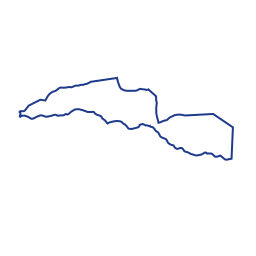 St Lawrence, Anse-la-Raye, Saint Lucia, rotated 345°
{"feature_id": "8701671B18704050053031", "entity_name": "St Lawrence", "entity_type": "district", "adm_level": 2, "iso_a3": "LCA", "parent_name": "Saint Lucia", "parent_adm1": "Anse-la-Raye", "projection": "robinson", "projection_center": [-61.027, 13.938], "detail": "fine", "context": "isolated", "style": "outline", "palette": "blue", "viewbox_px": 256, "rotation_deg": 345, "n_neighbors": 0, "source": "geoboundaries", "source_scale": "gbopen_adm2", "svg_char_len": 5716}
<svg xmlns="http://www.w3.org/2000/svg" viewBox="0 0 256 256"><g transform="rotate(345 128 128)"><path d="M190.2,172.5L190.8,172.6L191.1,172.6L191.7,172.6L192.0,172.6L192.7,172.5L193.4,172.3L193.8,172.2L194.3,172.0L194.9,171.9L195.5,171.6L195.8,171.6L197.0,172.0L197.2,172.3L197.4,172.5L197.6,172.8L197.9,173.1L198.0,173.3L198.4,173.3L198.8,173.3L199.1,173.4L199.6,173.6L200.0,173.7L200.5,173.8L200.8,174.0L201.0,174.0L201.3,174.1L201.6,174.2L201.8,174.2L202.3,174.6L202.6,174.9L202.7,175.0L202.9,175.2L203.0,175.5L203.2,175.8L203.3,176.1L203.5,176.4L203.6,176.6L203.8,176.9L203.9,177.1L204.0,177.3L204.2,177.6L204.4,177.8L204.6,178.0L204.8,178.1L205.2,178.4L205.3,178.5L205.7,178.6L206.3,178.7L206.7,178.7L207.3,178.7L208.1,178.6L208.7,178.7L209.1,178.6L209.3,178.5L209.5,178.5L210.2,178.7L210.4,178.9L211.0,179.9L211.5,180.6L211.8,181.0L212.4,181.9L212.9,182.6L213.4,183.2L213.6,183.4L213.9,183.7L214.2,183.8L214.7,184.0L215.1,184.1L215.6,184.1L216.0,184.2L216.5,184.3L217.1,184.3L217.3,184.2L217.9,184.2L218.1,184.2L218.3,184.2L218.5,184.3L218.9,184.4L219.2,184.4L219.6,184.4L220.0,184.5L220.2,184.1L229.5,154.5L213.9,136.5L186.5,130.7L185.8,130.4L184.5,129.8L183.6,129.3L182.8,129.0L182.6,128.9L182.3,128.8L182.0,128.6L181.5,128.4L180.8,128.3L179.7,128.1L178.3,127.8L176.6,127.7L175.5,127.8L174.7,128.1L173.4,128.2L172.6,128.3L170.7,128.9L169.6,129.3L168.7,129.9L167.8,130.3L166.4,130.4L165.2,130.3L164.2,130.3L163.1,130.4L162.2,130.6L161.1,130.8L160.0,130.9L158.8,130.8L158.8,130.6L158.9,130.2L158.9,129.2L158.9,128.2L158.9,126.5L158.9,124.9L159.0,123.1L159.1,121.8L159.2,120.7L159.4,119.8L159.7,119.1L160.0,118.0L160.2,116.6L160.5,115.8L161.1,114.5L161.5,113.1L162.2,111.4L162.4,110.8L162.4,110.2L162.3,109.3L162.3,108.9L162.5,108.3L162.7,107.0L163.0,106.1L163.1,105.3L163.0,104.5L163.2,104.4L157.8,96.2L157.7,96.3L157.2,96.1L156.5,96.1L155.7,96.1L155.0,95.6L154.7,95.4L154.3,95.2L153.9,95.0L153.5,94.8L152.8,94.6L152.0,94.3L151.6,94.1L150.8,93.8L150.2,93.5L149.8,93.3L149.0,93.4L148.4,93.6L147.0,93.9L145.9,94.0L144.8,94.0L144.0,93.8L142.9,93.4L142.1,93.2L141.2,93.0L140.3,92.8L139.5,92.6L138.8,92.4L138.4,92.3L137.8,92.2L136.2,91.6L135.3,91.2L134.4,90.8L133.6,90.3L133.4,90.0L132.3,89.1L131.7,88.5L131.3,87.8L130.8,86.6L130.7,86.1L130.6,85.0L130.5,83.8L130.4,83.1L130.3,82.2L130.3,81.3L130.2,80.4L130.3,79.1L130.2,77.8L130.4,76.8L130.2,76.8L103.7,73.7L102.9,74.1L99.4,74.7L97.4,74.5L96.6,74.7L96.0,74.7L95.0,74.5L93.7,74.1L91.6,74.2L90.4,74.1L89.1,73.7L88.2,73.5L87.3,73.6L84.4,74.0L83.3,73.9L82.1,73.2L81.2,73.1L79.5,73.0L77.6,72.7L76.2,72.4L74.9,72.0L73.7,71.6L72.7,71.5L71.8,71.7L70.8,72.1L69.1,72.8L67.8,73.3L66.4,73.5L65.2,73.5L64.3,73.6L63.3,73.9L62.0,74.4L60.8,75.0L59.7,75.7L58.5,76.7L57.5,77.7L56.5,78.8L55.6,79.6L55.2,80.0L50.6,78.0L37.9,80.7L34.3,83.4L32.6,84.6L31.2,84.7L28.3,83.9L27.6,84.3L27.4,84.4L27.4,84.5L27.6,84.6L27.8,85.1L27.9,85.5L27.8,86.4L26.9,88.0L26.7,88.5L26.5,88.8L26.8,89.3L27.5,89.0L28.5,88.7L29.8,88.9L31.3,89.3L33.0,90.4L34.4,91.4L35.4,92.4L36.2,93.3L36.8,93.9L37.4,94.2L38.3,94.4L40.2,94.1L42.6,93.6L44.1,93.3L45.2,93.3L46.4,93.1L47.3,93.2L48.5,93.8L49.4,94.4L50.1,94.9L50.7,95.2L51.1,95.5L51.3,95.7L53.5,96.3L54.3,96.3L54.8,96.2L55.5,96.3L56.0,96.3L56.5,96.4L57.0,96.4L57.7,96.4L58.5,96.3L59.1,96.2L60.0,96.2L60.7,96.3L61.3,96.4L61.7,96.6L62.3,97.0L62.7,97.5L62.9,97.7L63.2,97.9L63.6,98.0L64.4,98.1L65.2,98.2L65.7,98.3L66.8,98.6L67.9,98.8L68.9,99.0L70.0,98.9L70.7,98.6L71.0,98.4L71.4,98.4L72.0,98.6L72.3,98.9L72.8,99.2L73.3,99.3L74.2,99.1L75.0,98.7L76.1,98.2L77.2,97.6L78.5,97.2L79.9,96.8L81.2,96.4L82.2,96.5L83.7,96.7L84.7,96.9L85.8,97.3L86.7,97.9L87.9,98.5L88.8,99.0L90.5,100.2L90.6,100.3L91.3,100.7L92.2,101.4L92.9,101.9L93.5,102.2L94.2,102.3L94.8,102.5L95.6,102.8L96.2,102.9L97.2,103.1L97.8,103.2L98.3,103.3L98.8,103.6L99.2,103.8L99.3,104.2L99.5,104.7L99.8,105.3L100.1,105.7L100.6,106.3L101.0,106.8L101.6,107.3L102.1,107.6L102.7,107.9L103.7,108.6L104.3,109.1L104.8,109.6L105.2,110.0L105.3,110.4L105.3,110.7L105.4,111.3L105.5,111.6L105.7,112.1L106.2,112.7L106.7,113.4L107.2,114.0L107.7,114.6L108.1,115.4L108.5,116.4L108.9,117.3L109.1,117.9L109.3,118.2L109.4,118.4L109.6,118.4L110.0,118.2L110.8,118.0L111.7,117.8L112.8,117.9L114.0,117.8L115.0,117.9L115.6,117.9L116.3,117.9L117.3,118.2L118.0,118.2L118.5,118.2L119.5,118.4L120.4,118.9L121.4,119.2L122.3,119.6L123.0,120.1L123.5,120.6L124.0,121.4L124.2,122.0L124.6,122.6L125.3,123.3L125.7,123.6L126.1,123.9L126.1,124.1L126.6,124.8L127.3,126.1L127.6,126.9L128.0,128.1L128.2,128.4L128.4,128.6L128.5,128.8L128.8,129.0L129.4,129.3L130.3,129.5L131.1,129.8L132.3,130.0L133.1,129.9L134.1,129.9L134.8,130.0L135.5,129.9L136.6,130.0L138.3,129.8L138.9,129.5L139.3,129.1L139.8,128.5L140.1,128.0L143.1,127.9L143.9,128.4L144.7,129.2L145.6,130.0L146.4,130.2L147.0,130.4L148.3,131.1L149.4,132.0L149.6,131.9L149.6,132.1L150.9,133.0L152.1,133.7L152.7,134.5L153.3,135.8L153.6,136.9L153.8,137.4L154.4,138.4L155.2,139.2L155.6,139.6L156.0,140.4L156.4,141.6L156.6,142.4L156.7,143.2L156.9,144.0L157.2,144.7L158.0,145.7L159.4,146.8L160.7,147.7L161.5,148.3L162.0,149.2L162.4,150.2L162.5,151.1L162.7,151.9L163.0,152.9L163.6,153.7L164.5,154.7L165.6,155.6L166.6,156.1L167.3,156.5L167.6,156.8L167.8,157.7L167.9,158.2L168.3,159.0L168.6,159.7L169.7,160.7L170.4,161.0L171.2,160.9L172.3,160.9L173.3,160.8L174.2,161.1L174.8,161.3L175.3,162.0L175.7,162.9L176.1,163.9L176.3,164.7L176.7,165.2L177.6,165.9L178.4,166.4L179.2,166.8L180.1,167.4L180.8,168.1L182.0,169.4L182.3,169.5L183.1,170.0L183.5,170.2L183.8,170.3L184.1,170.5L184.4,170.8L185.0,171.2L185.2,171.4L185.8,171.7L186.0,171.8L186.6,172.1L187.1,172.3L187.4,172.3L187.8,172.3L188.1,172.4L188.7,172.4L189.0,172.5L189.3,172.5L189.7,172.5L190.2,172.5Z" fill="none" stroke="#1e3a8a" stroke-width="2"/></g></svg>